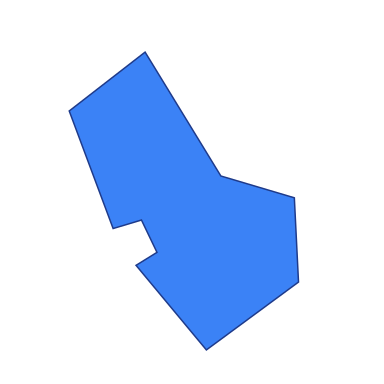 the district of Bekabad city, Tashkent, Uzbekistan, rotated 61°
{"feature_id": "79887680B94622992244208", "entity_name": "Bekabad city", "entity_type": "district", "adm_level": 2, "iso_a3": "UZB", "parent_name": "Uzbekistan", "parent_adm1": "Tashkent", "projection": "mercator", "projection_center": [69.254, 40.226], "detail": "fine", "context": "isolated", "style": "filled", "palette": "blue", "viewbox_px": 384, "rotation_deg": 61, "n_neighbors": 0, "source": "geoboundaries", "source_scale": "gbopen_adm2", "svg_char_len": 300}
<svg xmlns="http://www.w3.org/2000/svg" viewBox="0 0 384 384"><g transform="rotate(61 192 192)"><path d="M322.4,142.5L246.7,105.3L192.0,159.0L46.9,165.2L61.6,260.1L185.7,278.7L192.0,249.8L227.8,251.9L229.0,276.5L337.1,256.0L322.4,142.5Z" fill="#3b82f6" stroke="#1e3a8a" stroke-width="1.5"/></g></svg>